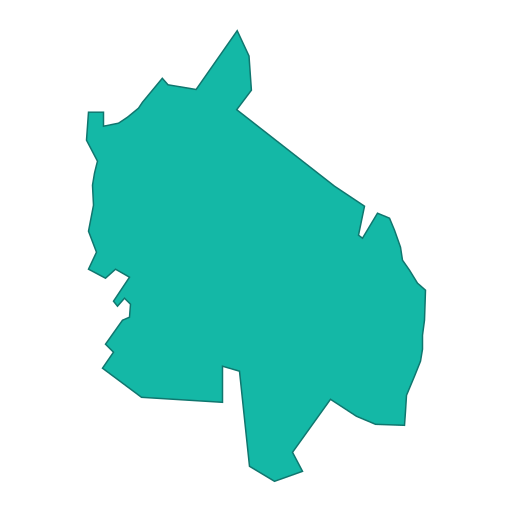 outline of Nam-gu [South District], Busan, South Korea
{"feature_id": "91817680B11476058556898", "entity_name": "Nam-gu [South District]", "entity_type": "district", "adm_level": 2, "iso_a3": "KOR", "parent_name": "South Korea", "parent_adm1": "Busan", "projection": "mercator", "projection_center": [129.093, 35.125], "detail": "fine", "context": "isolated", "style": "filled", "palette": "teal", "viewbox_px": 512, "rotation_deg": 0, "n_neighbors": 0, "source": "geoboundaries", "source_scale": "gbopen_adm2", "svg_char_len": 919}
<svg xmlns="http://www.w3.org/2000/svg" viewBox="0 0 512 512"><path d="M237.2,30.7L196.1,89.5L168.0,84.8L162.3,78.3L142.5,102.2L138.5,108.2L127.5,117.2L118.5,123.2L103.5,126.2L103.5,112.2L88.5,112.2L86.5,140.2L97.5,161.2L96.1,166.6L94.5,173.2L92.5,185.2L93.5,205.2L88.5,231.2L96.5,252.2L88.5,269.2L105.5,278.2L115.5,269.2L129.5,277.2L113.5,301.2L117.5,306.2L124.5,298.2L130.5,304.2L129.5,317.2L122.5,320.2L105.5,344.2L113.5,352.2L102.5,368.2L141.5,397.3L222.5,402.3L222.5,366.2L239.5,371.2L249.5,466.3L274.5,481.3L302.5,471.3L292.5,452.3L330.5,399.3L356.5,416.3L375.5,424.3L404.5,425.3L405.5,411.3L406.5,395.3L414.5,376.2L420.5,361.2L422.5,349.2L422.5,335.2L424.5,320.2L425.5,290.2L417.5,283.2L409.5,270.2L402.5,260.2L400.5,247.2L394.5,230.2L389.5,218.2L377.5,213.2L362.5,238.2L358.5,235.2L364.5,206.2L334.5,186.2L236.7,109.7L251.4,90.2L249.0,56.0L237.2,30.7Z" fill="#14b8a6" stroke="#0f766e" stroke-width="1.5"/></svg>